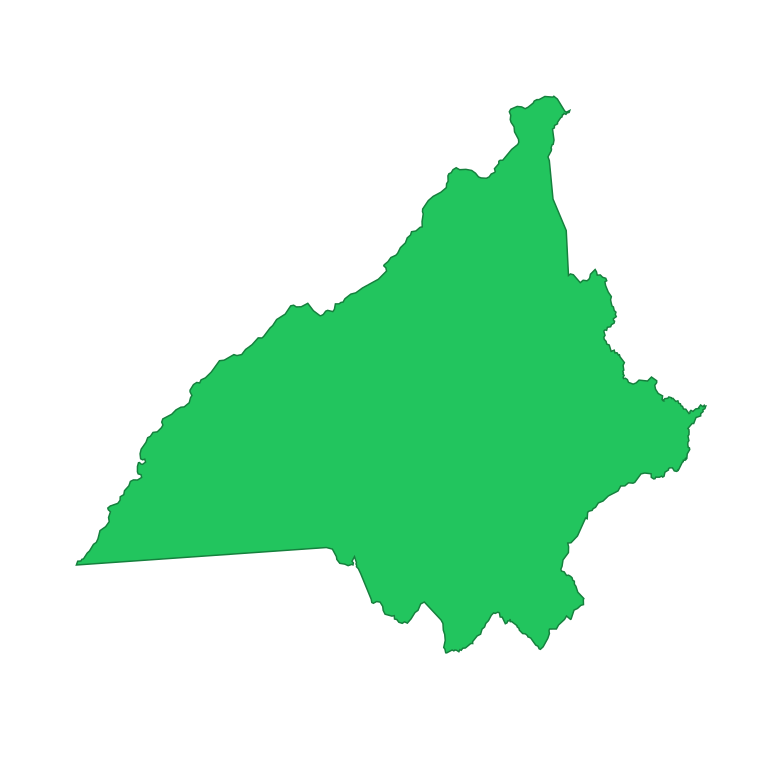 Malema, Nampula, Mozambique, rotated 356°
{"feature_id": "85939544B80247740523844", "entity_name": "Malema", "entity_type": "district", "adm_level": 2, "iso_a3": "MOZ", "parent_name": "Mozambique", "parent_adm1": "Nampula", "projection": "natural_earth1", "projection_center": [37.595, -14.735], "detail": "fine", "context": "isolated", "style": "filled", "palette": "green", "viewbox_px": 768, "rotation_deg": 356, "n_neighbors": 0, "source": "geoboundaries", "source_scale": "gbopen_adm2", "svg_char_len": 6157}
<svg xmlns="http://www.w3.org/2000/svg" viewBox="0 0 768 768"><g transform="rotate(356 384 384)"><path d="M524.4,657.3L529.7,649.1L531.6,644.5L531.4,641.6L532.0,640.0L538.9,640.4L541.3,636.6L547.7,631.4L549.9,628.2L553.6,631.8L554.2,631.6L557.8,622.8L561.4,621.4L565.0,618.5L567.6,618.0L567.8,613.0L568.4,612.0L562.8,605.2L561.3,599.1L560.0,597.1L560.1,594.0L558.6,592.9L558.1,590.4L556.7,588.9L554.8,587.6L552.7,587.7L550.7,584.0L548.0,583.0L547.5,581.1L548.9,578.3L550.3,572.0L556.2,565.1L556.8,559.3L556.2,555.5L559.5,555.4L566.4,549.1L575.7,531.8L577.3,532.6L578.2,526.2L579.8,525.1L582.8,524.6L584.0,522.9L586.4,521.8L589.5,517.6L594.4,516.0L600.0,511.3L610.0,507.0L613.0,502.3L617.2,502.4L621.0,499.6L625.5,500.3L627.3,499.6L634.1,491.6L637.9,491.0L644.2,492.2L644.1,495.7L646.4,497.5L647.7,497.4L648.6,495.9L652.2,496.2L654.6,495.3L655.5,496.3L656.9,495.6L658.1,491.6L661.8,489.6L662.0,488.2L663.1,487.6L665.9,487.8L667.5,490.9L669.9,491.6L671.5,490.7L671.3,490.0L672.2,489.6L676.3,482.6L677.1,482.4L677.3,480.9L679.0,481.1L679.4,479.3L680.2,478.9L680.4,479.9L680.9,479.4L681.6,474.9L684.4,470.7L684.2,469.0L683.1,468.5L682.8,465.7L683.1,463.3L684.2,461.8L683.6,457.1L684.7,455.8L685.0,452.9L685.0,450.8L684.0,449.6L688.6,444.9L690.2,445.0L692.9,439.2L697.7,437.9L697.9,435.6L700.4,433.8L700.3,432.0L702.4,431.0L703.5,428.4L702.2,428.5L701.9,427.6L700.7,428.9L698.4,427.0L696.3,429.5L696.5,430.3L693.2,430.6L690.3,432.9L688.4,431.7L687.3,432.7L687.2,434.2L686.2,434.8L683.3,430.2L681.0,429.8L680.2,427.1L678.8,426.5L678.3,424.4L676.6,423.8L676.0,421.3L673.8,421.7L671.2,418.4L670.0,418.6L669.7,417.7L667.2,416.8L666.0,418.1L663.1,418.2L661.9,419.2L661.8,420.4L660.5,419.7L661.2,419.8L660.3,419.0L661.1,415.3L656.9,412.6L654.5,408.1L654.0,404.2L656.1,401.7L656.3,399.8L651.3,395.7L647.1,399.4L638.7,397.9L635.6,400.5L632.5,401.5L628.0,399.4L627.1,396.6L625.2,395.1L623.3,395.3L623.0,393.9L624.2,392.1L623.1,390.8L623.6,389.8L623.1,388.0L624.2,386.9L623.8,382.1L625.3,379.4L621.3,373.3L620.9,371.3L619.9,371.5L618.6,369.1L616.6,369.1L616.0,366.3L612.9,367.3L611.4,360.8L609.0,359.7L608.5,356.9L606.8,354.8L606.6,352.7L607.9,350.9L607.0,347.1L607.4,346.0L608.3,345.5L609.8,346.0L610.8,343.0L614.1,342.7L615.1,340.6L617.8,339.3L618.4,337.4L617.4,336.6L617.4,334.9L620.4,333.0L619.6,330.7L620.4,328.5L618.8,326.8L618.2,323.1L616.9,322.1L616.3,318.9L615.9,315.8L616.9,312.7L614.1,307.9L611.9,301.2L611.5,297.5L613.4,296.5L612.6,294.0L609.5,292.8L607.4,290.3L604.3,290.3L603.8,286.9L602.6,284.5L597.6,288.9L596.7,292.3L595.6,293.9L593.7,295.2L589.9,294.4L586.8,296.6L580.5,288.2L577.6,287.2L575.6,288.6L576.5,243.6L565.5,211.3L564.5,172.6L563.4,168.9L567.1,163.0L567.5,161.2L567.0,160.4L568.3,157.2L569.5,156.7L570.6,152.6L569.9,141.4L571.8,140.4L572.1,138.0L575.2,136.6L575.4,135.0L579.0,130.5L580.2,130.0L580.8,127.8L581.8,127.7L582.4,126.6L584.3,127.7L585.4,126.4L587.6,126.0L588.4,124.1L585.1,125.5L583.4,124.5L576.8,111.8L573.5,108.8L572.4,109.6L564.5,108.4L558.5,111.1L556.3,111.0L553.6,112.2L552.5,114.1L547.1,117.9L544.0,119.2L540.7,117.2L536.2,116.4L529.6,118.7L528.0,121.2L529.2,124.7L528.4,129.0L529.0,131.8L531.7,136.5L531.8,141.6L535.2,149.2L535.3,152.3L534.1,154.4L527.7,158.9L518.0,169.1L515.5,168.9L514.1,169.8L513.8,172.3L509.2,176.9L509.8,179.8L509.1,180.7L505.6,182.0L503.4,184.7L500.5,185.9L495.2,185.2L492.7,184.0L490.0,180.1L486.4,177.1L480.7,175.6L474.4,175.5L471.1,173.3L467.8,175.0L465.8,177.9L463.4,178.8L462.3,180.8L462.1,186.3L460.4,188.6L459.9,192.4L454.1,196.7L446.2,200.2L441.0,204.1L434.8,212.1L434.4,214.7L435.0,217.0L433.3,224.5L433.1,229.9L431.0,230.2L426.4,233.6L422.1,234.0L420.8,237.3L417.4,239.8L415.2,244.7L409.9,249.1L406.7,254.6L404.8,256.4L399.7,258.3L396.4,262.3L392.6,265.0L392.0,266.1L394.0,268.3L394.4,271.5L385.7,279.1L369.2,286.7L362.2,291.1L357.2,292.0L351.0,296.2L348.8,299.5L346.8,299.6L344.7,300.9L341.1,300.7L339.7,306.1L338.0,308.2L332.9,306.6L330.9,307.3L328.3,310.4L326.3,311.3L325.0,311.5L318.7,306.0L313.6,298.2L306.8,301.2L301.9,301.0L299.4,299.1L296.4,299.5L290.3,307.4L281.4,312.2L277.0,318.0L274.3,320.1L267.2,328.3L265.4,329.6L261.7,329.2L255.1,335.6L248.3,339.9L244.1,344.7L239.3,345.4L236.3,344.2L226.2,349.1L221.5,349.3L212.5,360.1L206.3,365.4L201.8,367.1L200.2,370.1L197.3,369.4L193.9,371.3L190.1,376.6L190.0,378.3L191.6,382.1L190.1,384.1L188.4,389.1L183.1,392.9L179.7,393.0L174.7,395.3L170.1,399.4L160.9,403.4L159.6,406.5L160.6,409.5L159.0,412.0L154.5,415.9L150.2,416.2L147.3,419.9L144.5,421.1L142.5,425.6L137.2,432.1L135.8,436.6L136.0,441.6L137.9,442.8L140.1,442.3L140.7,445.3L137.5,447.3L136.1,447.0L134.6,445.3L133.6,445.4L132.3,449.0L131.9,454.4L132.5,456.5L135.3,457.5L135.7,460.3L131.4,462.6L127.3,462.2L124.2,463.5L122.4,467.8L117.7,472.3L116.7,476.2L113.0,478.1L112.6,481.6L110.1,484.5L102.4,486.6L99.8,488.5L100.2,490.2L102.2,492.4L99.9,498.0L100.3,502.1L96.4,506.9L90.5,510.4L87.9,518.4L85.9,522.0L83.0,523.7L78.6,530.0L76.2,531.9L72.0,537.5L70.4,537.8L69.2,539.4L66.1,539.4L64.5,543.1L315.1,543.1L321.0,545.1L324.5,552.9L324.7,555.7L327.4,559.8L332.4,561.0L335.5,562.7L339.4,561.7L340.4,562.3L341.0,560.4L339.7,558.6L342.5,554.2L344.1,560.4L343.5,561.6L344.1,562.7L343.8,564.4L345.5,566.4L347.5,571.5L356.2,597.8L356.6,601.1L358.1,602.0L361.4,600.5L364.9,601.3L367.2,605.8L367.4,609.8L369.0,613.7L375.7,616.1L378.0,615.8L378.1,619.2L380.3,619.8L382.2,622.7L385.5,624.0L387.9,622.7L390.6,624.2L394.6,620.2L399.0,614.1L402.1,612.2L405.2,606.0L409.0,604.3L424.4,623.3L426.1,627.0L426.0,633.7L427.1,638.0L427.2,644.1L425.2,651.0L426.3,652.8L426.8,656.4L427.8,656.6L433.4,654.1L435.1,655.1L436.1,654.3L437.8,654.7L440.0,656.3L441.2,654.3L442.5,655.0L444.1,653.1L446.8,653.0L452.5,648.9L454.4,649.1L454.4,647.2L459.4,641.8L462.9,640.3L464.7,635.4L467.4,633.4L468.8,630.0L471.7,627.4L474.9,622.2L477.4,620.0L478.9,620.6L481.6,619.6L483.2,620.4L483.6,624.5L485.7,624.9L488.3,631.6L490.0,630.9L491.0,629.0L492.8,629.0L493.4,627.2L493.5,629.9L494.8,629.9L499.8,634.3L499.8,635.4L501.6,637.2L501.8,638.9L504.9,642.6L507.6,643.1L509.6,645.0L509.8,646.2L512.6,647.6L517.1,655.0L519.3,656.3L520.3,659.0L521.5,659.6L524.4,657.3Z" fill="#22c55e" stroke="#15803d" stroke-width="1.5"/></g></svg>